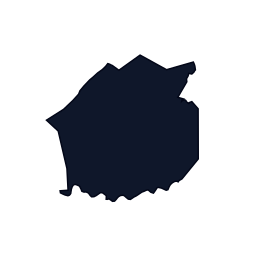 the district of San Juan Yatzona, Oaxaca, Mexico, rotated 296°
{"feature_id": "50627088B31715141251473", "entity_name": "San Juan Yatzona", "entity_type": "district", "adm_level": 2, "iso_a3": "MEX", "parent_name": "Mexico", "parent_adm1": "Oaxaca", "projection": "natural_earth1", "projection_center": [-96.189, 17.411], "detail": "fine", "context": "isolated", "style": "filled", "palette": "ink", "viewbox_px": 256, "rotation_deg": 296, "n_neighbors": 0, "source": "geoboundaries", "source_scale": "gbopen_adm2", "svg_char_len": 1611}
<svg xmlns="http://www.w3.org/2000/svg" viewBox="0 0 256 256"><g transform="rotate(296 128 128)"><path d="M177.0,81.6L173.6,80.9L169.2,79.3L164.2,76.6L158.4,74.3L154.4,72.5L146.5,70.0L140.4,68.5L136.8,68.8L128.5,66.4L116.5,61.9L99.3,51.3L94.7,66.6L64.8,90.9L45.8,101.4L41.8,94.5L40.1,95.7L40.1,98.3L40.2,100.7L40.8,103.7L42.0,104.8L43.1,105.1L44.2,105.2L45.6,104.7L46.7,104.4L47.5,104.1L48.3,103.9L50.7,103.6L53.0,103.9L54.2,105.3L54.5,107.4L54.5,109.9L52.4,112.7L50.9,114.3L51.1,116.5L52.2,118.4L52.2,121.0L50.8,123.6L50.2,125.4L51.3,127.5L53.4,129.1L55.8,130.4L57.7,131.5L58.6,133.4L58.2,135.6L57.7,138.1L55.9,139.0L54.4,139.6L54.8,140.6L56.0,142.1L55.7,144.1L55.3,146.2L56.4,148.0L58.7,148.7L60.7,149.1L62.4,149.7L64.3,151.1L64.4,151.3L64.5,151.6L65.5,153.2L65.4,154.8L64.8,156.9L64.2,159.4L64.9,161.5L68.6,163.6L70.4,165.0L72.7,166.4L76.4,168.5L78.2,170.2L80.2,171.8L81.2,173.3L80.3,176.6L80.6,179.4L82.1,179.7L84.9,180.1L87.0,180.3L87.9,181.2L88.7,184.5L88.8,189.6L90.0,190.9L93.5,190.7L95.7,190.9L98.3,191.9L99.9,193.0L100.7,193.6L101.1,194.4L101.6,195.3L101.6,196.7L103.1,196.9L105.9,198.8L131.0,204.7L176.0,182.6L179.7,173.8L177.8,172.0L176.7,172.0L176.5,171.4L177.0,170.7L177.1,169.0L178.0,168.1L178.2,167.4L178.1,166.6L177.4,165.9L176.7,165.2L176.2,164.7L175.6,164.5L177.2,164.0L178.4,164.9L177.4,159.3L195.3,160.6L197.9,159.0L201.2,159.2L203.7,158.6L204.5,161.7L207.0,162.7L208.6,162.8L209.8,163.1L210.2,162.8L212.9,161.0L214.4,159.6L215.9,157.8L197.3,137.1L198.8,106.9L175.9,94.5L177.3,86.5L177.2,84.7L177.3,83.8L177.2,82.7L177.0,81.6Z" fill="#0f172a" stroke="#020617" stroke-width="1.5"/></g></svg>